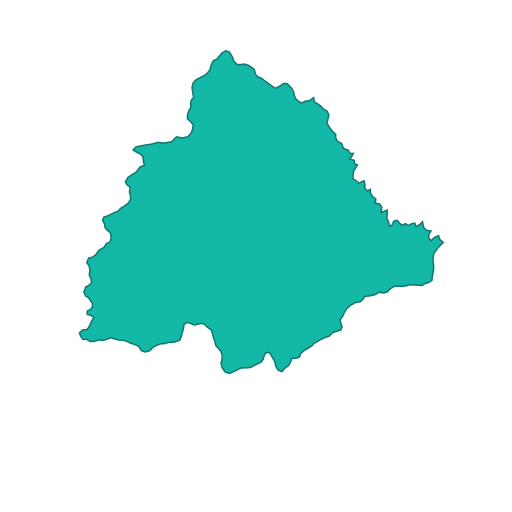 the district of Estrela do Indaiá, Minas Gerais, Brazil, rotated 123°
{"feature_id": "56859067B45497715558707", "entity_name": "Estrela do Indaiá", "entity_type": "district", "adm_level": 2, "iso_a3": "BRA", "parent_name": "Brazil", "parent_adm1": "Minas Gerais", "projection": "orthographic", "projection_center": [-45.808, -19.573], "detail": "fine", "context": "isolated", "style": "filled", "palette": "teal", "viewbox_px": 512, "rotation_deg": 123, "n_neighbors": 0, "source": "geoboundaries", "source_scale": "gbopen_adm2", "svg_char_len": 3992}
<svg xmlns="http://www.w3.org/2000/svg" viewBox="0 0 512 512"><g transform="rotate(123 256 256)"><path d="M115.4,398.1L120.5,397.6L124.9,396.1L128.3,396.3L132.0,397.2L136.1,399.6L140.6,402.1L145.0,403.0L149.5,401.4L153.9,397.6L157.3,394.4L160.2,395.2L163.7,394.0L166.9,391.4L170.0,391.6L175.0,390.3L178.3,388.2L178.9,384.1L180.3,380.0L184.2,378.2L188.3,377.3L193.2,378.2L197.2,382.2L199.3,387.5L202.8,388.4L206.1,388.9L208.8,391.9L211.2,394.3L212.7,397.2L214.2,400.3L216.7,402.3L219.7,405.2L223.0,409.0L226.6,412.8L230.0,416.1L234.0,416.8L234.0,412.6L233.4,408.4L234.6,404.5L238.4,401.6L240.8,398.8L244.0,401.6L247.1,401.9L251.4,402.3L255.1,404.2L259.8,406.2L264.9,406.0L266.6,402.7L266.9,398.9L271.2,397.1L273.7,394.2L276.6,392.1L280.8,391.9L285.3,393.3L289.9,395.6L293.3,396.0L296.0,398.0L299.4,400.0L302.7,401.9L306.0,404.7L309.6,404.2L311.3,400.9L314.4,398.0L315.4,394.7L315.9,390.6L319.7,387.3L324.0,386.1L327.0,388.2L331.6,388.2L336.9,391.0L342.1,391.0L346.2,392.6L348.8,395.2L353.7,394.4L355.0,390.9L357.8,387.9L362.7,385.5L365.2,381.8L367.9,379.4L371.5,380.1L374.8,382.0L380.0,380.7L382.4,377.0L382.2,373.6L383.6,370.5L384.8,367.5L387.3,365.6L390.9,365.6L394.0,367.5L396.9,365.8L395.7,361.9L395.9,358.4L400.4,358.4L405.8,357.5L409.7,357.6L412.4,361.1L416.7,362.2L418.8,359.4L420.2,355.8L418.0,352.3L418.0,348.7L415.5,344.8L411.9,342.1L410.3,338.7L407.9,336.3L403.6,333.3L402.3,328.4L400.7,324.4L399.0,321.5L397.9,317.8L397.4,313.7L396.3,309.9L395.6,305.3L397.8,300.6L397.0,296.9L393.3,293.5L388.4,292.6L385.0,290.7L381.5,288.1L379.2,284.8L375.9,282.1L372.9,277.7L368.1,274.1L364.3,274.8L360.0,276.1L355.7,277.7L352.4,279.1L349.1,277.5L348.2,274.3L347.6,270.6L345.6,268.2L342.6,265.6L341.3,262.2L342.1,258.9L342.5,252.9L345.9,249.2L348.2,246.4L350.7,243.3L353.1,240.7L353.9,237.5L355.1,233.5L358.2,229.9L361.7,228.0L365.0,227.0L368.2,223.4L370.1,218.6L368.9,214.1L366.0,212.4L362.4,210.1L358.7,208.1L356.6,205.5L354.6,202.5L352.4,199.9L349.1,198.1L345.8,196.0L342.3,194.0L338.7,193.7L335.4,194.9L331.6,195.0L329.6,192.0L331.6,188.1L334.1,183.0L337.9,179.1L339.7,175.1L338.9,171.4L334.5,170.7L329.9,169.0L325.6,169.3L322.3,170.3L320.4,167.2L317.2,164.5L313.7,165.5L308.7,164.0L303.9,161.6L300.9,160.2L297.7,159.8L295.0,158.3L290.8,156.3L286.6,153.6L283.5,151.0L278.4,149.9L275.0,147.2L272.0,144.6L268.5,145.2L266.5,147.8L264.0,150.7L259.3,150.5L255.5,151.1L250.6,151.2L246.0,149.9L240.8,147.2L237.6,143.6L234.2,142.7L230.7,142.9L227.6,139.0L223.7,135.2L219.1,132.9L217.6,129.0L214.8,126.4L210.3,125.5L206.3,123.6L203.9,120.6L202.2,117.5L199.4,113.9L196.8,112.0L194.9,108.8L192.3,104.3L190.3,100.6L187.0,99.3L184.5,96.9L180.5,95.2L176.2,97.4L172.9,98.8L169.9,100.0L166.4,102.6L162.3,105.9L157.0,108.2L152.0,108.0L146.9,107.3L142.7,106.3L142.0,111.0L139.5,114.0L143.5,116.5L147.9,117.6L146.6,121.3L143.1,122.9L139.7,122.9L141.6,126.9L141.0,130.6L136.6,135.0L140.2,135.7L144.4,137.8L141.9,140.7L144.3,143.1L147.4,144.7L147.4,148.2L150.9,150.5L149.2,157.2L151.9,159.5L155.4,158.6L158.3,160.2L155.6,163.1L152.7,167.1L148.8,169.1L146.1,171.0L148.7,172.9L151.4,174.9L146.6,177.0L145.1,180.5L146.6,184.8L142.9,186.6L142.7,190.4L140.7,194.6L137.8,196.4L140.8,198.1L140.2,201.3L136.9,203.5L134.0,206.4L139.0,209.4L138.4,212.7L138.3,216.8L135.6,218.5L132.0,220.3L127.9,220.5L124.4,220.5L124.9,224.0L122.2,225.7L123.8,230.1L120.4,229.9L117.0,230.3L118.8,233.1L117.0,236.3L118.2,241.2L115.1,245.4L115.3,250.8L113.3,253.7L110.5,255.5L109.7,260.3L108.1,264.4L105.9,268.9L102.1,270.2L98.1,271.6L95.8,275.3L96.1,279.4L95.0,283.3L94.8,287.4L95.0,291.1L91.8,293.9L96.7,295.9L99.3,299.0L102.7,300.7L103.1,304.5L102.6,308.1L100.6,311.3L98.2,313.4L95.9,317.4L94.5,323.6L96.1,326.7L100.3,328.4L105.0,331.3L104.8,334.8L104.5,341.0L104.3,345.2L103.9,348.6L104.8,351.7L103.9,355.4L100.5,359.0L100.2,363.4L100.3,366.8L101.5,370.5L104.0,373.3L105.6,376.0L104.9,380.3L101.7,384.6L99.4,389.4L100.5,393.3L104.4,395.1L108.4,395.6L112.3,396.1L115.4,398.1Z" fill="#14b8a6" stroke="#0f766e" stroke-width="1.5"/></g></svg>